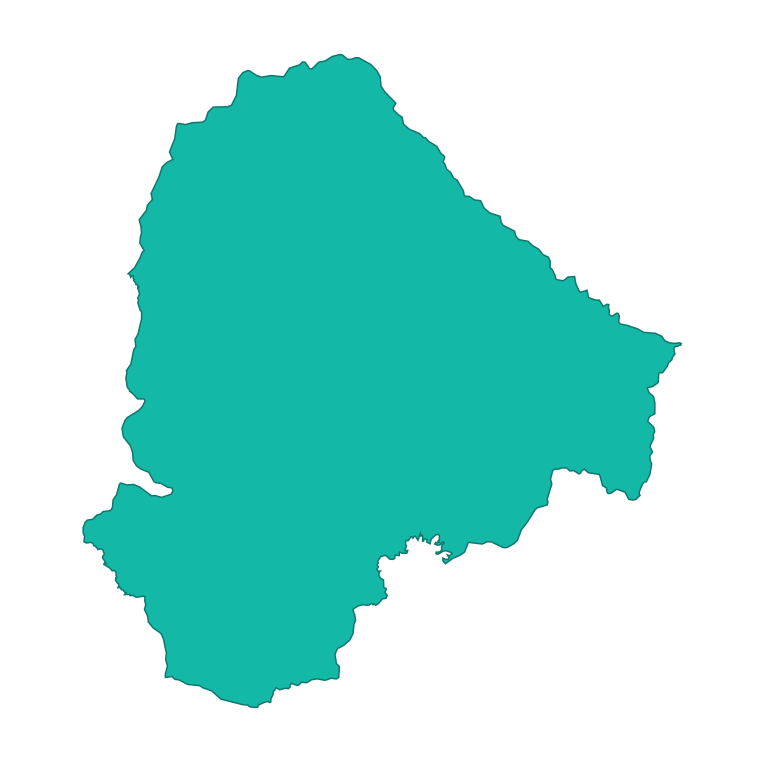 Thung Chang, Nan, Thailand (orthographic projection), rotated 92°
{"feature_id": "78962969B15263035639364", "entity_name": "Thung Chang", "entity_type": "district", "adm_level": 2, "iso_a3": "THA", "parent_name": "Thailand", "parent_adm1": "Nan", "projection": "orthographic", "projection_center": [100.958, 19.488], "detail": "fine", "context": "isolated", "style": "filled", "palette": "teal", "viewbox_px": 768, "rotation_deg": 92, "n_neighbors": 0, "source": "geoboundaries", "source_scale": "gbopen_adm2", "svg_char_len": 6132}
<svg xmlns="http://www.w3.org/2000/svg" viewBox="0 0 768 768"><g transform="rotate(92 384 384)"><path d="M486.4,124.2L485.1,125.1L482.5,125.0L475.3,122.3L473.3,120.8L472.5,118.4L465.0,115.1L454.5,113.7L450.9,115.4L446.6,115.8L442.6,113.3L438.0,115.7L436.3,115.7L428.9,112.7L425.1,113.1L422.3,111.8L417.8,112.9L412.8,118.5L411.2,119.1L407.2,117.4L404.3,112.3L393.6,112.6L387.2,114.2L383.6,118.6L379.3,120.7L378.5,120.4L377.0,115.1L373.0,110.1L364.1,109.8L363.0,108.9L363.2,106.5L362.5,105.6L356.7,101.7L352.9,100.4L349.8,97.2L347.2,96.7L343.9,94.3L338.8,95.6L336.9,95.0L334.7,88.7L333.3,88.3L332.5,89.8L333.3,95.4L332.8,100.1L331.0,104.9L326.5,108.2L323.9,114.5L323.3,126.4L320.2,132.1L316.9,142.9L315.8,150.0L313.9,151.6L307.8,151.2L305.4,152.3L305.1,153.9L308.2,158.3L307.9,159.8L306.3,161.5L302.3,161.3L300.3,162.5L296.8,162.1L296.5,163.8L298.8,167.6L292.7,171.7L292.7,175.7L290.5,182.6L283.2,184.4L285.5,190.6L284.3,192.3L276.8,195.9L269.9,197.3L270.7,203.8L274.6,208.4L273.7,215.0L272.5,216.3L269.8,216.7L264.0,219.8L261.8,222.1L255.5,222.2L251.5,224.2L249.1,229.8L244.0,233.9L240.3,240.7L236.4,244.9L235.1,253.4L233.9,255.6L231.1,257.6L226.7,258.8L221.3,270.5L218.3,272.6L212.4,273.8L209.4,284.2L204.7,290.1L197.4,293.9L196.9,299.9L193.5,305.5L193.7,308.1L192.7,310.4L188.2,311.4L177.5,318.2L175.8,321.7L170.5,324.6L167.0,329.0L162.4,330.7L159.9,332.7L155.7,331.3L154.3,331.6L151.6,335.1L144.6,339.7L140.0,347.8L136.6,351.0L136.1,353.4L132.6,357.1L128.6,367.4L123.7,373.6L116.7,375.2L114.4,379.1L109.6,384.2L107.5,384.4L102.9,382.0L92.3,393.2L86.6,397.3L76.9,398.6L71.1,402.2L65.2,408.2L58.9,420.6L58.9,423.7L60.8,428.7L60.7,431.8L56.7,436.9L56.2,439.3L58.5,447.2L63.4,454.5L64.6,460.4L71.5,466.9L71.7,469.3L65.2,473.9L64.9,476.4L68.1,479.7L71.6,489.5L79.5,494.2L80.5,495.6L79.7,507.7L81.6,517.1L80.2,522.0L75.6,529.5L75.6,531.4L77.7,535.9L83.6,540.2L100.8,541.6L110.8,546.2L112.4,550.2L113.2,564.3L118.2,569.2L126.4,571.6L128.6,574.3L129.6,584.9L131.7,591.5L130.7,597.8L131.2,599.5L134.2,600.5L145.9,601.6L159.6,606.5L166.9,602.9L170.0,608.4L174.5,613.1L185.7,616.4L201.7,623.4L207.7,621.9L213.6,626.7L218.5,627.4L228.4,634.4L234.9,632.4L241.9,631.6L245.4,632.6L251.8,632.9L259.2,628.3L260.5,630.1L266.5,632.2L276.5,637.3L282.8,643.6L283.1,642.0L286.2,640.9L284.7,639.6L284.6,638.4L287.7,638.2L288.4,637.3L289.2,637.8L291.4,635.9L293.2,635.4L293.7,633.7L295.7,633.5L295.8,632.6L297.0,633.4L302.2,631.4L306.4,633.0L309.6,632.3L311.3,632.9L319.1,630.2L320.2,628.8L327.1,628.5L343.0,631.7L348.2,634.4L355.1,633.3L358.5,635.3L373.0,637.7L379.6,641.9L381.9,641.4L387.2,642.2L396.5,640.3L398.1,638.6L400.3,637.9L402.1,634.9L407.5,629.7L407.3,623.4L409.1,622.2L414.6,624.4L418.9,628.1L426.5,639.4L429.7,641.7L437.4,644.3L445.9,642.6L455.1,635.0L461.4,632.8L469.1,632.0L474.2,628.7L477.3,624.4L480.5,615.9L489.6,610.5L490.7,608.3L491.0,603.6L494.7,596.7L495.3,592.2L498.5,591.2L501.8,593.3L505.1,602.4L503.5,608.5L503.8,612.5L495.6,624.4L493.1,630.9L493.9,637.4L492.1,643.9L493.8,645.0L504.0,647.4L509.2,650.7L516.1,651.0L519.1,652.0L520.4,654.2L521.3,660.3L523.7,662.4L525.1,666.5L529.5,670.6L530.4,675.8L532.6,677.8L538.0,679.7L543.5,679.4L546.7,677.9L552.1,678.4L553.3,676.1L552.5,671.3L553.6,669.2L555.5,668.5L557.3,665.3L559.4,664.3L558.6,661.2L559.9,659.0L564.0,657.5L566.0,659.2L567.7,659.1L572.9,655.5L572.6,657.1L573.9,657.8L577.8,651.2L580.2,649.2L579.7,647.0L581.9,645.0L584.7,645.2L586.3,644.3L587.1,645.3L589.4,645.5L592.2,643.6L592.8,642.3L595.3,642.0L596.8,642.8L596.6,640.8L598.8,639.2L599.1,637.4L601.0,636.1L601.3,634.5L603.6,636.0L603.1,631.2L604.4,630.3L604.0,627.7L605.8,624.2L604.4,616.5L604.9,615.5L609.3,615.5L612.9,614.4L617.7,615.5L624.1,612.2L630.1,611.2L635.8,606.2L641.0,598.3L645.9,595.7L660.4,592.1L667.0,592.6L673.2,590.6L681.4,592.4L684.9,592.2L683.7,585.6L686.5,582.6L686.9,578.4L691.1,569.8L691.9,557.7L694.1,554.0L696.6,545.6L704.6,536.1L709.5,513.6L709.5,509.3L711.3,506.7L711.8,501.7L711.4,499.0L709.2,498.2L706.6,493.1L705.3,489.4L706.3,487.2L705.9,486.1L702.0,485.9L698.8,484.2L694.6,483.7L693.8,482.4L691.2,481.3L693.2,477.6L691.6,472.3L691.8,468.9L690.2,467.3L688.2,467.5L686.4,465.8L688.3,460.5L687.4,458.2L685.0,456.3L685.2,450.7L682.2,446.3L681.0,440.8L682.2,432.5L679.9,426.5L680.4,421.2L678.8,419.0L668.1,418.7L665.0,421.8L655.7,423.6L650.0,421.2L646.7,415.3L641.3,409.4L634.7,406.3L625.4,405.6L621.1,404.2L615.7,405.2L612.3,406.8L609.9,406.8L606.9,402.5L605.3,397.4L605.8,391.9L603.7,388.6L605.0,387.1L604.3,386.3L605.3,384.6L604.2,382.4L598.8,378.0L598.0,374.5L595.1,373.4L592.1,375.7L588.7,374.5L587.1,377.1L579.7,377.7L578.5,380.4L575.6,382.4L572.5,382.3L571.2,381.0L571.0,383.6L569.6,384.7L567.1,383.3L564.6,384.5L563.2,383.6L561.1,384.0L556.7,381.4L555.4,377.6L555.6,375.7L558.8,372.2L559.0,369.2L558.0,367.2L554.7,366.9L554.9,362.7L551.2,362.8L552.5,360.0L552.5,355.4L549.5,354.4L549.7,357.5L545.1,355.8L543.2,356.9L540.3,356.8L539.6,356.3L539.8,354.4L535.7,351.6L535.6,350.7L537.1,349.7L535.0,348.6L534.9,347.5L538.9,344.6L531.9,342.4L534.8,341.7L534.0,340.6L535.3,339.9L539.8,340.0L539.5,339.0L537.6,338.2L537.5,337.0L538.0,335.4L540.5,335.7L542.1,332.4L537.3,331.4L532.9,326.9L532.5,324.2L533.8,323.3L538.1,323.3L538.9,324.5L540.5,323.1L540.6,326.9L542.2,327.7L543.2,324.9L542.8,322.3L540.1,319.9L540.1,318.8L541.1,318.4L542.8,320.2L545.4,320.9L546.9,320.2L549.8,322.0L550.3,326.0L551.9,326.1L552.2,323.9L549.0,319.1L548.4,316.4L549.9,311.5L551.1,310.0L553.4,312.4L552.6,314.6L555.5,312.9L556.9,313.9L557.2,316.2L556.0,319.2L558.8,318.9L561.5,316.4L556.0,309.3L552.4,301.9L549.1,297.6L539.3,294.1L540.5,280.3L538.1,275.5L538.0,271.3L543.2,259.5L543.4,256.5L542.3,253.9L538.9,248.4L535.3,245.1L525.0,241.7L516.2,235.4L504.6,228.8L502.5,226.7L499.1,216.5L496.2,216.0L493.8,217.0L478.1,212.8L473.4,214.3L464.6,212.4L463.3,210.9L462.9,206.4L461.6,203.1L461.6,198.2L464.4,195.4L463.9,191.3L467.0,186.2L466.5,184.8L463.4,183.0L462.0,180.9L465.5,176.8L466.8,166.1L467.8,165.1L478.0,162.0L480.0,158.2L484.7,157.2L485.6,156.1L485.4,153.5L481.4,148.4L481.3,146.8L483.8,139.2L490.7,135.4L491.3,131.6L490.7,128.5L486.4,124.2Z" fill="#14b8a6" stroke="#0f766e" stroke-width="1.5"/></g></svg>